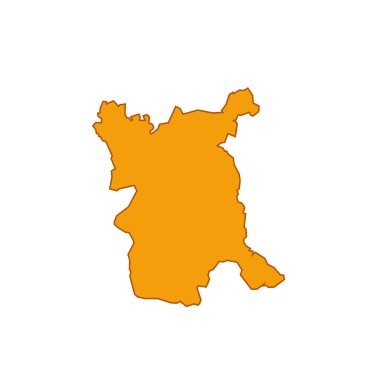 the district of Shtip, Štip, North Macedonia, rotated 47°
{"feature_id": "65306769B54195317631303", "entity_name": "Shtip", "entity_type": "district", "adm_level": 2, "iso_a3": "MKD", "parent_name": "North Macedonia", "parent_adm1": "Štip", "projection": "robinson", "projection_center": [22.163, 41.717], "detail": "fine", "context": "isolated", "style": "filled", "palette": "amber", "viewbox_px": 384, "rotation_deg": 47, "n_neighbors": 0, "source": "geoboundaries", "source_scale": "gbopen_adm2", "svg_char_len": 2167}
<svg xmlns="http://www.w3.org/2000/svg" viewBox="0 0 384 384"><g transform="rotate(47 192 192)"><path d="M76.0,219.4L80.7,219.8L83.9,221.9L85.5,220.7L87.5,222.2L89.1,221.3L93.3,222.4L96.5,220.6L111.2,225.7L112.3,228.3L122.6,232.2L121.6,236.6L126.3,240.1L133.6,250.1L139.9,246.1L139.9,243.2L147.7,229.8L153.6,231.6L159.5,248.4L158.1,263.5L161.1,269.5L163.0,270.9L169.1,270.1L176.4,267.9L178.7,265.7L187.2,267.8L189.9,269.5L194.1,281.4L199.8,284.3L205.4,290.1L209.0,291.3L210.8,294.6L227.8,303.7L231.9,303.2L238.1,298.8L246.6,289.7L258.8,282.8L262.9,278.9L264.0,275.2L271.9,274.0L275.2,266.9L278.8,264.8L278.7,262.6L277.2,259.2L265.4,253.7L264.7,251.7L271.1,246.4L267.7,238.7L263.8,237.0L261.7,233.7L263.1,229.0L261.3,219.6L264.8,216.4L265.8,213.0L274.1,206.9L283.3,208.7L285.6,213.1L303.6,214.8L307.4,210.5L308.5,202.2L309.2,203.8L310.5,201.8L313.9,201.0L317.5,196.8L318.9,184.1L315.2,181.7L313.2,183.9L303.1,183.6L296.5,186.1L290.4,184.0L279.2,186.9L279.3,190.8L276.9,187.8L273.7,190.3L273.2,187.8L268.5,189.3L263.8,188.3L261.9,186.2L261.7,182.5L255.8,177.7L253.2,177.8L244.5,167.6L242.2,168.9L239.3,164.3L237.2,163.5L233.9,163.2L231.0,165.0L228.2,164.0L225.3,161.7L225.2,159.6L221.6,157.9L221.8,155.2L216.4,149.0L211.0,145.3L200.6,142.5L195.3,138.6L189.2,139.7L185.6,138.8L184.6,140.2L180.5,139.5L175.6,142.2L175.6,137.7L178.0,134.3L173.8,125.9L181.0,122.6L173.1,112.5L170.4,111.8L168.2,113.0L169.1,110.6L167.1,105.5L169.2,104.1L172.8,95.8L175.8,96.7L178.2,95.4L178.6,88.5L175.1,84.4L168.6,86.6L162.6,81.8L154.1,80.3L153.2,84.9L149.9,87.7L148.3,94.6L147.0,94.0L146.2,98.3L151.2,107.4L152.7,115.0L154.7,115.3L148.3,123.0L136.1,131.8L129.0,145.5L122.7,143.8L118.4,145.6L125.2,162.1L120.3,169.7L122.6,173.7L122.0,181.6L120.8,182.6L118.7,180.6L119.5,177.9L118.0,175.4L114.8,174.9L112.2,176.6L108.1,172.0L104.5,172.3L103.0,175.7L107.5,177.5L103.8,181.5L101.5,178.6L98.8,177.8L95.3,185.3L98.6,186.2L98.3,187.8L95.1,187.4L93.1,189.2L88.9,187.7L82.2,180.8L79.0,185.3L79.2,187.4L71.8,187.2L69.3,194.5L67.7,193.0L65.1,195.1L68.3,202.3L71.3,205.1L70.1,207.4L72.9,209.0L77.0,208.2L79.6,211.1L75.6,215.0L76.0,219.4Z" fill="#f59e0b" stroke="#b45309" stroke-width="1.5"/></g></svg>